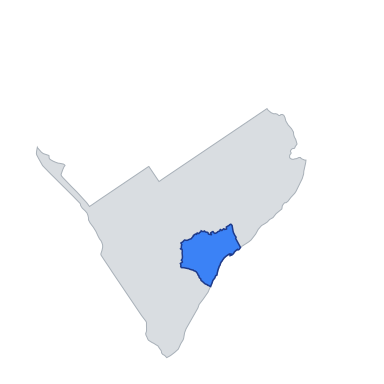 where Erongo sits in Namibia, rotated 236°
{"feature_id": "NAM-3348", "entity_name": "Erongo", "entity_type": "Region", "adm_level": 1, "iso_a3": "NAM", "parent_name": "Namibia", "parent_adm1": "", "projection": "mercator", "projection_center": [15.284, -22.15], "detail": "fine", "context": "in_parent", "style": "filled", "palette": "blue", "viewbox_px": 384, "rotation_deg": 236, "n_neighbors": 0, "source": "natural_earth", "source_scale": "10m", "svg_char_len": 6702}
<svg xmlns="http://www.w3.org/2000/svg" viewBox="0 0 384 384"><g transform="rotate(236 192 192)"><path d="M281.3,85.9L285.2,85.1L288.9,84.4L293.3,83.6L296.7,83.0L297.6,82.9L306.0,83.6L309.6,84.0L310.9,84.5L312.5,85.8L315.6,88.8L314.8,88.7L309.2,89.4L307.0,90.2L302.3,93.8L301.3,93.3L300.1,92.6L299.1,92.4L297.0,93.2L294.9,94.3L292.6,95.8L290.7,97.2L290.1,98.0L287.1,101.0L286.1,101.4L285.3,101.6L284.9,101.5L284.6,100.2L282.7,97.2L279.8,93.3L278.9,92.9L278.3,92.8L276.2,93.0L269.8,94.1L264.5,95.0L256.3,96.6L247.5,97.9L242.1,98.7L237.3,98.9L237.3,102.8L237.4,110.7L237.4,118.6L237.4,126.5L237.4,134.4L237.4,142.3L237.4,150.3L237.4,158.3L237.4,166.3L237.4,169.8L237.3,170.5L234.6,170.5L228.5,170.5L223.3,170.5L219.1,170.5L219.2,175.3L219.2,181.0L219.2,186.6L219.2,192.3L219.2,198.0L219.2,203.7L219.2,209.4L219.2,215.2L219.2,220.9L219.2,225.3L219.2,225.8L219.2,234.2L219.2,243.2L219.2,252.2L219.2,261.3L219.2,270.4L219.2,279.5L219.2,288.7L219.2,297.9L219.2,300.8L217.3,300.8L213.6,301.9L211.2,303.4L210.1,305.2L208.7,306.3L207.0,306.7L206.3,307.6L206.5,309.1L205.8,310.2L204.3,311.0L201.8,310.7L198.4,309.5L194.0,309.2L188.7,309.9L184.9,309.6L182.6,308.3L180.2,307.6L177.6,307.4L176.1,306.9L173.0,305.9L172.4,304.3L172.0,303.1L171.1,301.9L171.0,300.8L171.7,300.0L171.8,298.8L171.3,297.0L170.5,296.2L169.3,296.2L168.5,295.6L168.2,294.2L167.5,293.2L165.8,292.1L163.6,292.9L162.5,294.1L161.9,296.0L161.3,296.9L161.0,298.5L160.9,299.6L160.3,300.8L159.7,301.3L159.1,301.1L158.0,301.6L155.4,303.3L154.7,304.3L152.7,302.6L146.7,296.3L144.5,294.6L141.4,290.8L134.5,278.8L133.5,276.5L132.2,270.8L130.7,266.5L130.5,264.1L131.3,262.7L130.8,260.8L130.0,259.1L127.7,257.0L127.0,249.6L125.5,244.9L125.8,241.0L125.0,237.5L125.0,235.2L125.3,230.9L124.0,226.0L121.5,221.2L119.2,214.2L118.9,211.2L119.1,203.1L118.7,199.8L118.7,195.9L117.8,191.8L117.4,189.7L118.0,187.9L118.4,188.5L119.1,188.7L119.5,186.4L119.6,184.4L118.5,179.4L115.9,174.3L109.5,166.0L108.0,162.8L107.1,160.2L100.0,149.3L97.0,141.6L94.8,135.0L92.5,132.0L81.9,110.6L79.5,107.2L75.3,103.2L74.3,101.8L72.6,98.0L69.4,92.8L68.7,88.0L68.4,82.6L68.8,78.4L71.7,78.0L73.8,76.9L75.6,76.8L77.4,77.7L79.3,77.7L80.1,77.6L83.5,77.7L85.5,76.7L87.9,75.7L89.2,74.9L91.1,74.0L93.6,73.0L95.0,73.1L96.8,73.5L99.1,73.8L100.5,74.4L102.0,76.4L104.4,78.1L106.2,79.2L108.3,80.6L108.9,81.1L109.8,81.4L110.3,81.5L114.2,81.3L117.6,81.1L121.3,81.1L128.3,81.1L135.3,81.1L142.3,81.1L149.2,81.1L156.2,81.1L163.2,81.1L170.2,81.1L177.2,81.2L180.0,81.2L185.0,81.2L190.3,81.3L190.9,81.4L191.5,81.8L191.9,82.1L193.8,84.6L196.2,87.1L198.1,88.3L200.5,89.0L202.7,89.3L204.8,89.1L208.2,89.5L213.0,90.3L218.0,90.5L223.1,90.2L226.7,90.6L228.8,91.9L231.0,92.7L233.2,93.2L236.1,92.9L239.9,92.0L243.1,92.1L244.5,92.8L245.4,92.8L250.9,91.8L255.4,91.0L262.0,89.7L267.5,88.6L275.6,87.0L281.3,85.9Z" fill="#d9dde1" stroke="#a8b0b8" stroke-width="1"/><path d="M118.9,201.2L118.2,199.4L118.0,198.5L118.0,198.3L118.1,198.2L118.6,197.4L118.8,197.1L118.8,197.6L119.0,197.6L119.0,197.2L119.0,196.4L118.7,194.1L118.5,193.4L118.2,192.9L117.9,192.3L117.7,191.7L117.6,191.0L117.5,189.7L117.6,189.3L117.9,189.0L117.9,188.8L117.9,187.9L118.0,187.9L118.1,188.0L118.1,188.3L118.2,188.5L118.3,188.5L118.2,188.9L118.1,189.4L118.3,189.6L118.7,189.4L118.6,189.6L118.4,190.2L118.7,189.9L119.1,189.1L119.3,189.0L119.6,188.8L119.7,188.3L119.8,187.4L119.7,183.9L119.3,181.3L118.9,180.6L118.7,179.8L118.0,178.4L117.7,177.2L117.1,176.0L117.0,175.8L115.8,174.5L115.4,173.8L115.4,173.4L115.3,173.2L112.5,169.5L111.2,168.2L111.0,167.9L109.5,166.5L109.2,166.3L109.2,166.1L109.2,165.9L109.3,165.8L109.4,165.3L109.4,165.2L109.3,164.9L109.3,164.7L107.8,162.5L107.5,161.3L107.0,159.8L105.1,157.4L103.9,155.5L103.2,154.6L104.4,153.8L105.0,153.6L105.4,153.4L105.6,153.1L105.8,152.9L106.4,152.8L106.7,152.8L106.8,152.7L107.0,152.5L107.1,152.4L107.5,152.2L107.9,151.9L108.3,151.6L109.7,151.1L110.5,151.1L111.2,150.8L111.5,150.7L111.9,150.6L112.4,150.5L112.5,150.5L112.7,150.4L112.8,150.3L113.0,150.2L113.5,150.1L113.8,150.1L115.0,150.6L115.3,150.7L116.3,150.3L116.8,150.2L117.6,150.3L117.8,150.4L118.2,150.7L118.3,150.7L118.4,150.8L118.8,150.7L119.3,150.7L119.6,150.6L119.9,150.6L120.0,150.6L120.7,150.9L120.8,150.9L121.8,150.9L122.4,151.0L122.5,151.0L122.8,150.9L123.0,150.9L123.3,150.9L123.5,150.9L124.0,150.6L124.3,150.5L124.5,150.5L124.7,150.4L124.9,150.1L125.0,150.0L125.4,149.8L125.9,149.4L126.0,149.4L126.4,149.4L126.6,149.3L126.8,149.2L126.9,148.9L127.1,148.8L127.3,148.7L127.5,148.4L127.7,148.2L127.9,148.1L128.1,148.0L128.2,147.8L129.2,147.0L129.6,146.8L130.5,146.3L130.6,146.2L130.7,145.9L130.9,145.7L133.4,143.3L133.6,143.2L134.6,141.8L135.0,141.3L135.1,141.1L135.3,140.9L136.6,141.0L136.8,141.2L136.9,141.3L137.0,141.5L137.3,141.7L137.7,141.9L138.4,142.2L139.3,142.4L139.2,144.4L139.2,144.6L139.3,144.9L140.3,145.2L140.6,145.2L141.2,145.1L141.4,145.0L141.5,145.1L141.9,146.2L142.0,146.5L143.5,147.8L147.1,149.8L148.2,150.8L149.1,151.2L149.8,151.6L150.1,151.7L150.3,151.6L151.1,150.7L151.3,150.7L151.3,150.8L151.4,151.4L151.6,151.7L151.8,151.9L152.2,152.4L152.5,152.5L152.8,152.7L152.9,152.8L153.6,153.4L153.6,153.5L153.8,153.8L153.9,154.0L154.0,154.0L155.9,154.3L155.9,155.4L155.8,156.1L156.3,158.5L156.3,159.1L155.5,159.8L154.8,160.7L154.6,161.0L154.5,161.4L154.3,163.0L153.7,165.2L154.4,167.4L154.5,167.9L154.6,168.2L154.6,168.3L154.8,168.3L155.0,168.5L155.2,168.9L155.3,169.2L155.2,169.5L155.1,169.9L155.1,170.0L155.3,170.4L155.3,170.5L155.1,171.2L155.1,171.8L155.0,172.0L154.8,172.1L154.6,172.1L154.4,172.1L154.4,172.3L155.0,173.2L155.1,173.4L154.6,173.6L154.4,173.9L153.8,174.3L153.7,174.5L154.2,175.8L154.2,176.0L154.0,176.3L154.0,176.5L154.1,176.9L154.7,177.9L154.0,178.2L153.1,178.9L152.9,179.2L152.8,179.5L152.8,180.4L152.8,180.5L152.7,180.6L152.3,180.6L152.0,180.6L151.7,180.6L151.4,180.8L150.7,181.4L150.5,181.7L150.0,182.2L149.7,182.4L149.4,182.5L149.2,182.5L148.1,182.1L147.8,182.2L147.6,182.3L146.1,183.8L145.8,184.2L145.9,184.3L146.0,184.4L147.3,184.4L147.5,184.4L147.7,184.6L147.7,184.8L147.7,186.8L147.6,187.0L147.4,187.3L146.3,187.3L146.0,187.3L145.7,187.4L145.5,187.6L144.9,187.8L144.8,188.1L144.6,188.4L144.4,190.2L144.4,190.3L144.5,190.5L144.6,191.0L144.6,191.4L144.6,191.6L144.6,191.8L144.2,192.8L144.2,193.0L144.3,193.4L145.1,194.4L145.1,194.5L144.9,194.7L143.4,195.2L143.8,197.6L143.8,197.8L143.7,197.9L142.9,198.0L142.6,198.2L142.6,198.4L142.1,199.6L142.0,199.8L142.0,200.0L143.6,200.8L143.8,200.9L143.8,201.1L143.8,201.3L143.6,204.1L143.6,204.3L143.8,205.1L143.7,206.0L143.4,206.3L141.8,206.5L136.5,204.1L134.5,203.5L134.2,203.5L133.8,203.5L132.0,203.2L130.6,203.3L130.2,203.3L129.9,203.2L129.7,203.1L129.6,202.9L129.1,202.2L118.9,201.2Z" fill="#3b82f6" stroke="#1e3a8a" stroke-width="1.5"/></g></svg>